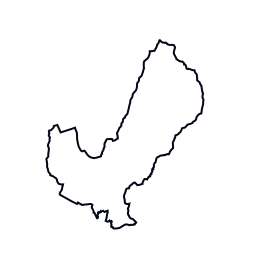 outline of Gura Humorului, Suceava, Romania, rotated 216°
{"feature_id": "2599482B5765834419568", "entity_name": "Gura Humorului", "entity_type": "district", "adm_level": 2, "iso_a3": "ROU", "parent_name": "Romania", "parent_adm1": "Suceava", "projection": "orthographic", "projection_center": [25.87, 47.518], "detail": "fine", "context": "isolated", "style": "outline", "palette": "ink", "viewbox_px": 256, "rotation_deg": 216, "n_neighbors": 0, "source": "geoboundaries", "source_scale": "gbopen_adm2", "svg_char_len": 5689}
<svg xmlns="http://www.w3.org/2000/svg" viewBox="0 0 256 256"><g transform="rotate(216 128 128)"><path d="M154.1,217.5L153.8,216.8L153.3,214.7L153.3,212.2L152.8,211.3L152.3,209.2L152.3,208.4L151.9,206.3L152.1,205.8L152.8,205.4L154.1,203.9L155.5,203.0L153.8,200.1L153.0,196.6L153.1,195.6L153.6,194.0L153.7,192.9L154.0,192.1L154.1,191.4L153.9,190.8L153.7,190.3L152.6,188.7L151.6,187.3L151.1,186.6L150.7,186.2L150.2,185.9L149.7,184.1L149.3,183.3L149.0,182.3L148.7,181.7L148.3,180.2L147.9,178.9L147.8,177.9L147.8,177.1L148.4,175.3L148.2,174.8L147.1,172.9L146.9,172.2L146.9,169.6L144.7,166.1L144.1,164.7L143.7,163.1L144.1,158.4L143.1,156.4L142.8,155.7L142.6,154.2L142.6,152.8L142.2,151.3L141.7,150.9L140.8,148.9L139.9,146.5L139.2,144.8L138.8,144.1L138.0,142.0L136.9,139.4L136.9,138.1L137.1,137.0L137.2,136.2L136.6,134.9L136.8,134.2L137.1,133.7L137.1,132.2L136.7,131.4L136.0,130.3L135.8,129.5L136.0,128.6L136.0,128.1L135.7,127.3L134.7,125.8L134.7,125.1L135.0,122.9L134.5,120.9L134.1,119.1L134.0,117.6L133.5,117.0L131.7,115.4L130.0,113.4L130.7,112.4L131.0,110.9L131.8,109.7L132.7,108.7L134.2,109.7L134.9,109.3L135.5,109.1L135.9,108.6L138.0,107.1L138.5,106.4L138.5,105.8L138.4,105.3L138.5,104.7L138.4,104.3L138.1,104.1L138.1,103.3L137.9,102.9L138.0,102.0L136.9,100.1L136.1,99.3L135.8,98.4L135.8,97.6L135.3,96.7L134.9,95.4L134.8,93.7L134.7,93.1L133.8,91.7L134.0,91.0L133.8,90.2L133.2,89.2L136.1,85.4L137.6,83.8L139.9,82.7L141.8,82.2L143.5,82.2L144.8,82.4L149.1,83.9L150.1,83.9L151.0,82.6L151.7,82.0L152.7,82.1L154.9,82.9L157.4,84.3L160.6,87.1L162.9,89.4L164.4,91.5L166.7,94.2L169.2,95.7L171.1,97.1L172.8,94.5L179.9,84.8L186.9,88.9L189.2,86.0L188.7,85.2L188.5,84.6L188.5,84.1L189.0,81.2L189.2,80.7L190.2,79.7L190.2,79.1L189.9,78.5L188.3,77.2L188.2,76.2L187.7,75.4L187.3,75.1L185.6,74.5L185.3,73.5L183.8,71.4L183.3,69.1L182.7,67.1L182.3,66.5L180.0,65.0L178.4,62.4L177.4,60.3L175.8,58.2L175.7,57.7L175.8,56.2L175.8,55.0L175.5,54.5L174.5,53.7L172.0,51.1L170.9,49.3L170.0,48.5L169.1,48.0L166.9,46.0L166.1,45.6L163.8,45.0L163.1,44.1L160.2,44.9L157.0,45.0L155.9,44.8L155.2,44.5L154.3,43.5L152.1,42.3L151.5,42.1L149.7,42.7L148.7,43.2L147.4,44.2L145.2,38.8L145.1,38.3L145.1,36.6L144.9,35.5L144.7,34.8L144.2,34.4L143.9,34.0L130.4,35.6L124.6,36.6L124.7,38.3L122.5,38.4L121.4,38.8L120.2,38.6L119.0,39.5L118.8,40.0L116.8,41.6L113.7,44.5L112.4,44.9L111.6,44.9L110.6,42.3L108.9,41.6L106.7,40.3L106.0,39.2L105.2,39.6L100.0,36.8L99.7,37.1L99.6,37.8L99.8,38.0L99.9,38.3L100.8,38.9L101.1,39.4L101.5,39.6L101.7,40.7L102.3,41.4L102.6,42.3L102.3,42.8L102.1,42.9L101.2,43.4L101.2,43.6L101.0,43.3L100.3,44.6L100.3,45.1L99.3,46.5L97.7,46.2L95.9,49.1L94.9,48.0L94.8,47.4L93.9,45.2L93.1,43.9L92.1,41.6L91.5,39.8L89.6,40.1L88.8,41.0L88.6,42.3L87.7,42.0L87.3,42.3L86.8,43.0L86.1,42.8L85.9,41.3L84.4,40.0L84.3,39.8L84.3,39.3L84.1,38.8L83.3,38.2L82.9,38.3L82.2,38.9L81.8,38.8L81.6,38.4L81.3,38.3L80.7,38.3L80.1,38.5L78.0,40.2L76.0,42.4L74.5,46.1L73.6,48.1L72.5,49.2L70.8,49.9L69.6,50.2L68.9,51.3L68.5,51.5L66.9,52.7L66.5,54.0L66.0,53.9L65.8,56.3L67.3,56.8L67.8,56.6L69.2,57.1L70.9,57.1L72.9,56.4L74.1,56.8L74.8,56.9L76.1,57.8L77.1,58.0L77.6,58.8L78.4,59.5L78.6,60.4L79.5,61.8L80.3,62.2L80.8,62.9L80.8,63.5L81.4,65.6L81.7,66.2L82.1,66.7L82.4,67.5L82.6,67.2L83.8,66.1L85.7,65.4L86.3,65.5L89.2,68.6L91.1,70.2L91.2,70.7L91.9,72.2L92.1,73.2L92.2,73.6L92.2,74.1L93.4,77.0L93.4,77.8L93.1,78.7L92.0,79.4L91.7,80.0L91.8,80.2L92.0,80.3L92.5,81.9L92.4,82.5L92.0,83.5L92.1,84.1L91.7,84.6L91.5,85.2L91.5,86.2L91.3,86.7L90.5,87.9L88.4,87.6L86.9,87.2L85.1,89.0L83.4,91.4L83.7,91.7L84.4,93.3L84.6,95.3L84.6,96.4L84.5,96.6L83.7,97.0L82.9,97.7L82.7,97.8L82.4,97.7L82.4,99.7L82.6,100.3L82.3,101.5L81.8,101.6L81.9,102.2L81.8,102.5L82.5,103.2L82.3,104.2L82.0,104.5L82.8,105.4L82.6,106.9L82.7,107.2L83.1,107.7L83.6,107.8L83.8,108.1L83.8,108.7L83.5,109.4L84.2,109.4L84.2,110.6L84.1,111.0L84.2,111.8L84.4,112.2L85.1,112.8L85.5,113.9L85.8,114.5L85.9,115.3L85.5,116.0L85.7,116.5L85.7,116.8L86.2,118.0L86.6,118.7L86.9,119.6L87.1,120.1L87.1,121.3L87.0,121.8L86.3,122.8L86.2,123.2L85.4,124.9L84.9,125.2L83.8,126.5L83.2,126.7L83.0,127.2L82.4,127.6L82.4,127.9L82.1,128.0L81.8,128.6L81.4,129.0L80.9,130.0L79.8,130.5L79.5,131.0L79.7,131.4L79.7,132.4L80.1,133.4L80.2,133.7L80.1,134.9L80.2,135.8L79.7,138.2L82.3,141.5L82.9,142.1L83.4,143.2L83.6,145.3L84.0,146.5L84.3,146.9L84.2,147.4L84.4,148.3L84.8,149.1L85.3,149.8L85.0,150.5L84.2,151.4L84.1,151.9L83.7,152.6L83.8,153.8L83.3,154.8L83.2,156.0L84.0,159.3L83.9,160.1L82.3,161.6L81.9,163.1L82.0,163.8L81.8,165.5L81.7,165.9L81.1,166.6L79.8,168.3L79.1,169.4L78.8,170.2L79.1,170.9L78.9,171.6L78.5,172.3L77.9,174.3L77.9,174.6L78.1,175.4L78.5,175.8L78.8,176.8L78.9,178.0L79.0,178.7L79.0,179.1L78.6,180.9L78.0,182.0L77.2,182.9L77.2,183.0L77.9,184.0L78.8,185.9L79.1,186.2L80.6,189.9L81.2,191.3L82.9,193.9L83.7,195.4L85.5,196.3L85.9,196.8L86.6,197.9L87.2,199.1L87.4,199.8L87.6,200.2L88.5,200.5L89.4,201.1L89.9,201.9L92.1,203.8L93.2,205.2L95.0,205.8L96.1,206.4L96.8,206.9L97.4,207.1L99.9,207.2L100.3,207.4L101.2,208.9L102.2,209.8L103.4,211.4L104.6,211.9L106.3,212.4L108.1,213.8L108.6,213.3L110.8,212.4L112.1,212.2L112.8,211.9L113.2,211.5L114.0,211.4L114.6,210.6L115.1,210.5L116.0,210.7L116.8,211.6L117.2,212.0L118.9,212.9L119.2,212.8L119.9,212.4L120.1,212.9L120.9,213.1L121.3,213.5L122.1,213.6L123.1,213.7L123.9,213.0L126.2,212.3L127.1,212.3L128.2,212.4L129.1,212.1L130.2,212.9L132.8,214.2L133.3,214.5L134.0,214.7L134.5,215.1L135.4,216.0L136.2,217.9L137.3,220.9L138.3,221.3L139.4,222.0L140.4,221.5L141.0,221.3L143.0,219.8L144.5,219.1L146.2,219.0L146.9,219.4L147.3,219.4L147.8,219.2L148.2,218.9L148.3,218.5L150.3,217.5L151.0,217.4L152.1,217.4L153.7,217.8L154.1,217.5Z" fill="none" stroke="#020617" stroke-width="2"/></g></svg>